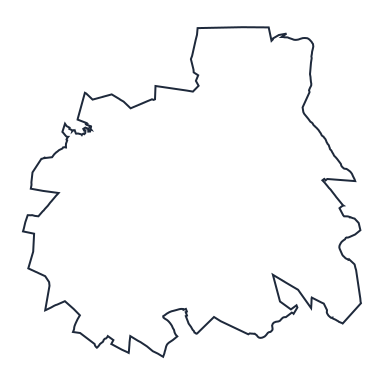 outline of Tuxtla Gutiérrez, Chiapas, Mexico
{"feature_id": "50627088B93662357554610", "entity_name": "Tuxtla Gutiérrez", "entity_type": "district", "adm_level": 2, "iso_a3": "MEX", "parent_name": "Mexico", "parent_adm1": "Chiapas", "projection": "albers", "projection_center": [-93.125, 16.745], "detail": "fine", "context": "isolated", "style": "outline", "palette": "slate", "viewbox_px": 384, "rotation_deg": 0, "n_neighbors": 0, "source": "geoboundaries", "source_scale": "gbopen_adm2", "svg_char_len": 5847}
<svg xmlns="http://www.w3.org/2000/svg" viewBox="0 0 384 384"><path d="M286.5,33.6L278.9,35.0L272.9,38.5L272.9,39.4L271.5,40.8L268.7,27.4L242.3,27.2L197.6,28.1L197.0,34.8L195.7,39.9L192.1,55.9L190.9,59.1L193.5,69.6L193.7,72.4L198.2,75.3L195.9,80.9L198.6,85.8L192.9,91.6L186.4,90.5L155.5,86.0L155.0,99.3L153.6,99.9L152.0,99.3L147.6,101.1L130.6,108.3L123.6,101.6L120.1,99.6L119.7,99.2L111.7,94.4L92.6,99.6L86.2,93.5L84.9,92.8L77.8,118.6L77.6,119.6L86.2,122.9L85.9,123.2L87.0,123.8L86.8,123.9L86.2,123.8L86.0,124.2L86.9,124.6L86.8,124.9L91.0,126.3L91.1,126.7L90.6,128.3L90.4,128.2L90.8,129.0L91.3,129.7L90.3,129.3L90.1,131.5L88.3,131.6L88.2,128.5L87.4,128.6L87.4,128.4L85.3,127.6L83.3,128.9L84.0,130.3L84.2,130.2L84.2,129.9L84.6,129.9L84.7,130.7L85.4,130.7L85.3,132.2L85.3,133.0L85.1,133.4L84.9,133.5L84.3,134.1L83.7,133.6L83.3,133.7L83.1,133.9L82.8,134.0L81.9,134.8L81.8,135.0L81.2,134.3L78.0,133.5L76.1,133.7L75.9,133.4L75.7,133.1L75.6,132.8L75.2,131.6L74.7,130.3L74.4,130.5L73.5,130.2L72.9,130.6L72.3,131.2L72.5,130.4L71.7,130.0L69.3,128.9L69.6,127.7L66.6,126.1L65.0,123.7L62.4,131.9L63.4,133.0L65.7,135.8L66.0,136.1L66.6,136.6L67.9,136.9L68.1,136.9L67.7,137.4L66.9,138.6L66.5,139.7L66.6,139.8L67.2,140.3L66.0,143.7L65.9,145.2L65.9,146.1L66.0,147.5L65.9,147.5L64.7,147.2L63.1,147.4L62.4,148.5L59.1,150.1L57.1,151.8L56.5,152.1L54.2,154.3L52.1,157.2L44.6,158.1L44.5,157.7L42.2,158.8L41.4,158.8L32.5,172.4L31.4,182.3L31.5,184.9L30.8,188.7L43.0,190.9L58.6,193.0L57.9,193.8L56.1,195.7L54.1,198.1L52.4,200.1L51.6,201.1L50.3,202.5L48.2,205.3L48.0,205.6L45.0,208.8L43.5,210.7L43.0,211.0L42.9,211.1L40.9,213.4L38.4,216.3L34.9,215.9L32.0,215.1L31.7,215.2L30.9,215.3L29.0,215.2L27.7,215.2L25.3,222.3L23.8,228.7L23.0,231.4L34.1,233.7L33.2,251.6L28.3,268.4L45.2,276.2L49.1,282.1L49.5,285.8L45.2,310.3L46.4,309.8L48.0,309.0L51.1,307.5L54.1,305.8L55.6,305.1L57.2,304.6L64.9,301.2L73.7,309.0L79.9,315.3L77.5,319.4L75.6,323.4L75.2,324.4L74.6,325.9L74.2,327.5L74.1,329.0L73.6,330.5L73.0,332.0L80.1,333.0L94.6,344.0L95.0,345.5L95.6,346.4L96.2,347.1L96.9,347.7L97.6,347.1L98.6,346.0L100.1,343.9L102.1,342.4L103.1,341.6L103.6,340.1L104.7,338.8L106.1,338.4L106.7,337.7L107.3,337.1L107.8,336.1L113.4,340.1L111.3,344.0L121.9,349.7L127.4,352.2L128.7,352.9L128.9,351.5L129.3,346.2L129.4,345.3L129.4,344.7L129.5,343.8L129.5,342.8L129.6,341.9L129.7,341.0L130.3,336.1L138.0,340.8L140.7,342.2L141.4,342.7L145.8,345.6L147.0,346.4L152.8,351.2L157.8,353.6L163.1,356.8L164.3,353.6L164.8,351.5L165.4,349.6L166.1,346.6L166.7,345.2L167.2,344.3L168.7,342.8L172.9,340.0L177.3,336.4L175.7,334.7L174.6,332.5L174.0,329.9L172.9,328.1L171.8,325.6L170.3,323.4L168.8,321.6L167.3,320.2L164.6,318.5L163.4,317.5L163.2,316.2L164.9,315.1L166.7,313.7L169.3,312.2L171.5,311.3L173.9,310.7L176.5,310.0L179.3,309.2L181.1,308.9L183.1,309.0L183.4,309.8L184.7,309.3L185.9,308.9L186.9,311.6L185.7,312.1L187.0,315.6L185.8,316.1L188.3,322.6L188.3,322.8L188.7,323.7L191.1,327.0L192.7,329.9L193.8,330.9L194.5,332.6L195.4,332.9L195.8,333.4L196.4,333.7L197.1,333.5L214.0,317.0L220.7,321.2L248.3,334.3L249.8,333.4L251.2,333.6L253.1,333.7L254.1,333.9L254.7,333.7L255.8,334.6L256.6,335.1L257.8,336.7L259.0,337.6L260.3,337.9L262.0,337.7L263.5,337.1L264.8,336.4L266.2,335.0L267.8,332.9L268.9,332.2L270.5,331.9L271.4,331.1L272.3,330.1L272.6,329.1L272.4,327.4L272.1,325.6L272.8,323.7L273.9,322.6L275.8,321.8L278.6,321.4L280.0,320.7L281.3,319.2L282.4,318.1L283.2,317.5L284.2,317.2L285.9,317.1L291.8,312.6L293.0,313.2L293.2,313.4L293.6,313.8L297.4,307.5L296.5,305.3L290.9,309.4L280.0,301.5L272.9,274.8L286.2,282.8L293.3,287.0L298.1,289.8L308.9,305.0L311.1,308.1L311.4,304.0L311.6,298.3L311.7,298.2L311.8,297.6L321.2,302.4L323.8,303.6L327.0,310.1L326.8,312.4L327.1,313.3L327.4,313.9L327.8,314.5L328.4,315.5L330.0,317.0L331.1,317.8L332.4,317.6L332.3,318.2L333.9,319.0L334.9,319.4L335.9,319.9L336.8,320.5L337.7,320.9L338.1,321.2L339.2,322.0L339.7,322.1L340.7,322.6L341.4,322.8L342.1,323.1L342.4,323.3L342.7,323.5L361.0,303.2L360.6,301.9L360.3,298.5L356.1,270.1L355.4,267.8L354.8,265.3L354.6,264.5L354.3,264.1L349.3,259.5L349.2,259.8L348.6,259.9L348.6,259.5L347.0,259.0L345.6,258.3L343.8,256.5L343.1,255.9L342.3,254.8L340.3,250.2L339.6,248.6L339.3,247.2L339.6,245.4L340.6,243.4L341.3,242.4L341.6,241.9L343.5,240.3L345.0,239.3L345.8,237.9L346.6,237.5L347.8,237.6L349.3,237.1L355.1,234.5L360.4,230.2L358.7,223.0L354.6,218.6L353.0,218.2L351.1,217.5L350.1,217.4L350.2,217.1L347.8,216.4L344.4,216.3L344.1,216.3L343.1,215.2L342.8,214.5L342.2,213.4L339.5,208.2L341.3,206.7L342.5,205.9L342.9,205.7L343.5,205.6L342.9,205.2L335.8,196.5L335.5,196.0L334.1,194.2L332.7,192.4L330.6,189.6L328.9,187.9L327.5,186.1L324.6,182.6L322.4,180.3L324.1,179.0L324.3,178.9L325.6,180.4L326.5,179.6L327.3,179.0L355.2,181.1L354.6,179.4L352.9,176.0L352.0,173.9L351.0,172.5L350.0,171.4L347.6,169.6L346.4,168.9L345.2,168.8L344.1,168.6L343.0,167.7L342.0,166.7L341.3,165.7L340.9,164.0L339.5,162.1L337.0,158.8L335.7,157.3L334.1,155.7L333.3,154.0L332.2,152.2L331.6,151.0L331.1,150.2L330.4,149.6L329.9,148.9L329.7,147.8L329.2,146.6L328.8,145.3L328.1,144.4L327.5,143.8L327.2,143.0L326.7,142.3L326.1,140.7L325.5,139.3L324.9,138.5L324.0,137.5L323.5,136.6L322.5,136.1L321.7,135.3L320.8,133.4L319.6,131.7L318.5,130.0L317.1,128.5L316.4,127.7L315.5,127.0L314.6,126.0L313.8,125.4L313.1,124.4L312.7,123.5L311.8,122.6L310.4,121.7L308.2,118.7L304.4,114.1L303.5,112.5L303.3,111.8L302.6,107.4L309.5,92.3L309.4,91.4L309.0,90.3L309.9,88.1L311.2,85.5L311.3,83.8L310.9,81.5L310.6,78.6L310.5,77.0L310.0,74.2L311.0,62.6L311.7,58.1L311.4,56.5L311.9,53.8L312.1,51.7L312.8,48.9L313.3,46.6L313.1,44.8L312.9,43.8L312.3,43.1L311.7,42.0L311.0,41.2L309.4,39.5L308.1,38.6L307.2,38.2L304.8,38.0L302.8,38.1L300.4,38.8L298.5,39.5L296.8,39.8L295.2,39.9L293.8,39.7L291.7,38.9L289.0,38.0L287.7,37.4L284.5,37.3L283.0,37.0L281.7,37.0L286.5,33.6Z" fill="none" stroke="#1e293b" stroke-width="2"/></svg>